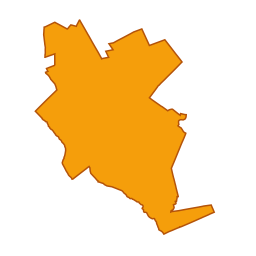 Tintesti, Buzau, Romania, rotated 8°
{"feature_id": "2599482B60981366823487", "entity_name": "Tintesti", "entity_type": "district", "adm_level": 2, "iso_a3": "ROU", "parent_name": "Romania", "parent_adm1": "Buzau", "projection": "albers", "projection_center": [26.882, 45.056], "detail": "fine", "context": "isolated", "style": "filled", "palette": "amber", "viewbox_px": 256, "rotation_deg": 8, "n_neighbors": 0, "source": "geoboundaries", "source_scale": "gbopen_adm2", "svg_char_len": 5542}
<svg xmlns="http://www.w3.org/2000/svg" viewBox="0 0 256 256"><g transform="rotate(8 128 128)"><path d="M193.6,218.8L192.9,218.8L192.9,218.7L194.3,218.4L198.3,216.0L202.1,213.7L206.8,210.8L212.2,207.4L213.1,206.9L214.1,206.2L216.4,204.8L220.3,202.4L220.6,202.1L225.1,199.4L223.1,196.0L222.2,194.6L222.1,194.4L221.1,192.7L217.9,193.6L213.7,194.8L212.4,195.3L209.2,196.4L202.1,198.7L196.0,200.7L193.3,201.6L189.8,202.8L182.9,204.7L182.1,205.2L182.1,204.5L182.2,204.0L182.5,203.7L182.8,203.4L183.5,203.2L184.1,202.3L184.1,202.0L184.3,201.9L184.6,201.0L184.7,200.3L184.5,199.6L184.2,199.1L184.1,198.7L184.0,198.2L184.0,197.8L183.8,197.7L184.3,197.2L185.4,196.8L186.0,196.2L185.9,195.7L185.1,194.2L186.2,194.0L186.3,193.2L186.0,192.9L186.1,192.6L186.2,192.2L186.3,191.3L186.3,189.6L186.2,189.2L187.2,189.1L187.3,188.9L185.8,185.1L185.7,184.9L183.9,180.5L183.1,178.3L182.9,177.8L182.2,176.2L181.5,174.4L181.2,173.7L180.5,171.9L180.3,171.6L178.8,167.9L177.5,164.5L177.4,164.2L176.5,161.8L176.6,161.7L177.3,158.8L177.4,158.7L177.6,157.7L177.9,156.7L179.2,151.6L180.6,146.1L180.9,144.9L181.7,141.8L182.8,137.4L183.7,134.0L183.8,133.8L184.9,129.8L185.8,126.2L186.0,125.2L185.9,125.0L184.6,124.7L183.2,123.7L182.7,123.0L181.6,121.7L180.4,120.4L179.0,119.9L177.9,119.3L177.2,118.9L177.9,117.3L177.7,116.9L177.3,115.7L177.2,114.6L177.2,114.1L177.3,113.7L177.7,113.2L178.5,112.7L178.8,112.5L179.4,112.4L181.5,112.3L182.3,111.8L183.0,111.4L183.3,111.0L183.6,110.4L183.9,109.2L183.9,107.9L183.8,106.7L182.5,106.8L178.1,106.4L177.9,108.1L177.0,107.6L176.8,107.6L171.1,104.2L170.1,103.6L169.8,103.4L169.2,103.2L168.9,103.3L168.6,103.3L168.3,103.4L166.8,104.0L166.2,104.3L165.0,105.4L161.4,103.5L158.9,102.2L157.8,101.8L152.5,99.1L148.2,96.9L145.0,95.1L150.3,85.4L152.2,81.7L152.8,81.3L154.3,79.1L157.5,75.0L157.8,74.6L159.7,72.0L163.9,66.5L166.0,63.7L170.1,58.1L172.1,55.3L172.3,55.1L169.6,52.4L166.8,49.7L165.3,48.3L159.6,42.7L152.2,35.5L137.7,43.3L127.9,28.0L120.3,32.1L117.1,34.5L110.5,39.3L105.7,42.7L101.7,45.7L97.4,47.2L102.3,52.6L95.3,55.1L99.0,60.7L92.6,62.9L92.5,63.1L92.4,63.2L88.2,57.6L83.8,52.0L80.6,47.9L79.4,46.3L77.5,43.8L75.8,41.6L74.9,40.6L74.8,40.3L73.6,38.8L70.6,34.9L66.3,29.4L66.2,29.3L65.5,28.3L65.2,27.9L64.9,27.9L64.8,28.1L64.7,28.3L64.6,28.5L64.4,29.2L62.7,34.0L62.7,34.5L62.4,34.5L62.2,34.4L60.8,34.3L58.6,34.0L57.9,33.9L57.8,34.0L57.0,33.9L56.6,34.5L56.4,34.9L56.1,35.3L55.7,35.9L54.5,38.0L54.3,38.1L54.0,38.4L44.6,34.9L41.5,33.8L40.9,33.5L40.6,33.6L38.2,35.2L32.2,39.2L30.9,39.8L31.1,41.1L31.1,42.2L31.2,43.3L31.3,44.3L31.4,45.8L31.5,47.0L31.5,47.3L32.1,49.4L33.1,53.3L33.6,55.1L33.9,56.4L34.9,59.6L35.0,60.1L35.0,60.6L35.1,61.3L35.2,62.3L35.4,63.5L35.6,64.7L35.7,66.1L35.8,66.6L35.6,67.1L35.8,68.1L35.9,69.3L35.9,69.5L36.1,69.5L36.2,69.4L45.2,64.8L45.2,65.3L46.1,71.3L46.7,75.5L46.4,76.3L39.0,80.4L40.6,82.9L40.8,83.1L38.6,84.3L39.0,85.2L40.3,86.0L41.3,86.6L42.8,87.9L43.9,89.3L44.7,90.5L46.4,91.9L49.4,94.5L50.9,97.1L51.8,99.4L52.3,100.2L44.2,110.6L39.8,116.4L36.7,120.5L33.9,124.3L38.4,127.8L41.7,130.4L41.8,130.5L41.7,130.8L41.8,130.9L42.0,131.0L42.5,131.4L42.7,131.6L43.1,131.8L43.4,131.9L44.1,132.1L44.7,132.5L44.9,132.6L45.3,133.0L45.6,133.2L45.8,133.2L46.6,133.2L46.8,133.3L47.0,133.4L47.2,133.7L47.4,134.5L48.0,135.3L48.4,135.7L48.5,136.0L48.7,136.5L48.9,137.3L49.2,137.6L49.4,137.7L49.8,137.8L50.0,137.9L50.3,138.3L50.4,138.5L50.6,138.9L50.8,139.1L52.1,140.1L52.3,140.1L52.7,140.2L53.0,140.4L53.1,140.5L53.6,140.8L55.0,142.2L55.4,142.8L56.6,143.8L57.2,144.8L58.0,145.4L58.2,145.5L58.8,145.9L59.2,146.0L59.5,146.1L60.2,146.3L60.5,146.7L61.7,148.7L61.9,148.8L62.3,148.8L62.7,149.0L63.1,149.3L63.8,149.9L64.0,150.3L64.4,151.0L64.8,151.4L65.2,151.7L65.3,151.7L65.7,152.0L66.5,152.7L67.4,153.6L67.9,154.6L68.0,155.2L68.5,155.9L69.0,156.9L69.4,159.1L69.3,163.0L69.1,164.7L68.7,166.0L68.9,167.0L68.3,168.1L68.1,169.1L67.7,171.5L68.1,172.6L71.1,176.7L72.8,179.2L74.7,181.4L75.6,182.8L76.9,183.9L77.8,184.4L79.0,185.4L79.7,186.5L80.7,186.1L80.8,185.9L87.9,178.6L89.0,177.5L94.8,171.5L95.8,172.7L96.5,175.6L96.5,175.8L97.5,178.1L98.1,178.6L101.3,181.2L102.0,181.7L105.5,184.8L105.7,184.7L106.0,185.6L106.6,185.5L106.8,185.5L108.1,185.8L109.1,186.0L111.4,186.4L111.6,186.5L112.2,187.1L112.5,187.3L114.0,187.8L115.0,188.2L115.3,188.3L116.3,188.3L118.9,188.4L119.8,188.4L120.1,188.4L123.1,189.1L123.6,189.2L128.0,190.3L128.5,190.4L129.8,190.7L130.5,190.9L131.0,191.1L131.7,191.6L133.1,193.0L134.9,194.0L135.4,194.4L136.5,195.9L136.7,196.1L137.2,196.3L138.5,196.7L138.8,196.8L139.6,197.4L139.9,197.6L140.0,197.6L140.3,197.6L141.3,197.3L141.6,197.3L142.4,197.9L143.3,198.0L145.5,199.0L146.0,199.2L146.9,199.7L147.0,199.8L147.3,199.9L148.9,199.8L149.1,199.9L149.8,200.9L150.3,201.1L151.5,202.0L152.9,202.2L153.2,202.4L153.5,202.7L153.9,203.6L153.9,203.9L153.9,204.1L153.8,204.3L153.4,205.0L153.2,205.4L153.2,205.7L153.3,205.9L153.6,206.1L154.3,206.4L154.7,206.7L154.8,206.9L154.8,207.4L154.9,207.9L155.1,208.4L155.4,208.9L155.6,209.1L156.0,209.2L156.5,209.1L157.1,209.0L157.6,209.1L158.0,209.2L158.5,209.6L159.8,211.5L160.5,212.4L161.2,213.0L161.8,213.4L162.7,213.8L163.6,214.2L164.4,214.4L165.0,214.5L166.3,214.0L166.6,214.0L166.8,214.1L167.0,214.3L167.3,214.9L167.5,215.2L167.9,215.8L168.2,216.2L168.8,216.6L169.0,216.9L169.3,217.3L169.4,217.8L169.6,218.3L169.7,218.7L170.5,220.0L170.8,220.5L171.3,221.5L171.6,222.1L172.0,222.7L172.4,223.3L172.6,224.1L172.9,224.6L173.2,224.7L175.6,225.6L176.2,226.0L177.0,226.6L178.3,228.1L183.0,224.9L186.0,223.2L191.1,220.1L193.6,218.8Z" fill="#f59e0b" stroke="#b45309" stroke-width="1.5"/></g></svg>